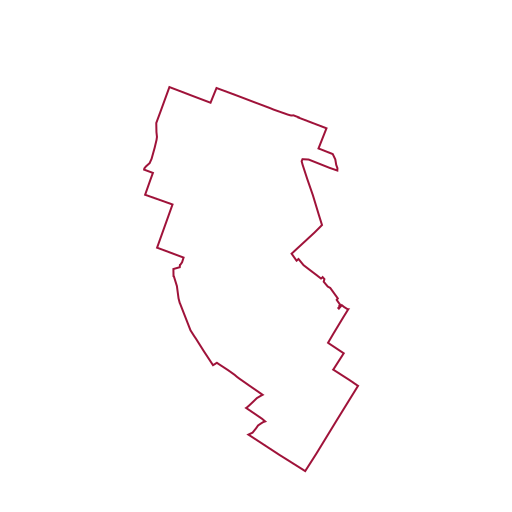 outline of Calmatuiu, Teleorman, Romania, rotated 129°
{"feature_id": "2599482B22374175683856", "entity_name": "Calmatuiu", "entity_type": "district", "adm_level": 2, "iso_a3": "ROU", "parent_name": "Romania", "parent_adm1": "Teleorman", "projection": "albers", "projection_center": [24.851, 43.964], "detail": "fine", "context": "isolated", "style": "outline", "palette": "rose", "viewbox_px": 512, "rotation_deg": 129, "n_neighbors": 0, "source": "geoboundaries", "source_scale": "gbopen_adm2", "svg_char_len": 1997}
<svg xmlns="http://www.w3.org/2000/svg" viewBox="0 0 512 512"><g transform="rotate(129 256 256)"><path d="M121.4,310.2L122.6,313.8L123.1,315.4L124.3,316.6L125.0,317.7L126.1,320.3L131.2,334.6L132.0,337.4L137.8,354.9L141.0,364.7L141.2,365.3L143.4,372.0L150.3,392.4L165.5,387.8L172.1,407.8L179.2,429.6L203.3,421.3L215.4,417.2L222.3,411.4L225.8,407.9L228.3,406.4L235.6,402.9L246.2,398.3L249.7,397.4L250.7,397.1L255.7,397.9L258.2,397.9L259.3,397.3L256.3,388.4L263.6,385.9L278.2,380.7L268.5,353.3L311.8,338.1L302.8,311.3L307.4,309.5L310.3,309.3L310.8,309.5L312.7,308.2L318.1,312.0L323.6,307.4L323.5,307.0L329.2,298.5L337.7,289.5L340.5,285.7L340.8,285.0L355.0,260.1L357.2,253.5L358.0,250.8L362.8,236.7L367.9,220.7L365.2,219.7L364.4,219.5L363.6,219.2L363.5,217.6L362.3,205.9L361.8,197.6L361.9,195.0L361.8,192.0L360.9,179.2L359.7,163.5L361.1,164.1L365.9,165.9L370.2,166.4L376.3,167.2L379.7,167.8L380.3,168.0L378.7,148.9L378.8,144.8L380.6,145.9L383.2,146.8L386.6,147.8L387.0,147.7L390.1,147.5L393.3,147.5L395.5,147.5L397.5,148.5L399.6,149.5L397.5,129.1L395.8,112.3L395.6,110.8L392.2,82.4L371.7,84.7L332.6,89.9L292.7,95.0L292.8,95.7L293.6,105.6L295.7,124.5L295.2,124.5L276.4,126.6L278.0,143.6L278.1,145.4L267.5,147.0L248.0,149.7L240.8,150.6L239.6,150.8L239.3,150.8L239.5,151.1L239.8,151.9L239.8,152.0L240.2,155.5L240.2,158.4L240.6,158.4L241.3,158.4L243.7,158.5L244.7,158.5L244.6,159.3L243.6,159.3L242.4,159.4L242.1,160.0L240.9,160.1L240.7,160.6L240.2,162.6L239.4,165.4L239.3,165.7L238.6,165.7L237.5,165.7L234.1,178.2L234.6,181.0L233.4,187.2L230.9,188.3L230.5,190.9L230.9,190.9L232.6,191.3L232.7,195.2L232.7,196.4L232.9,202.0L233.2,213.3L231.8,220.0L231.6,221.1L234.1,221.5L234.0,222.0L232.1,228.7L231.8,229.8L201.0,225.3L192.5,224.4L190.4,224.2L184.4,233.2L173.0,250.0L163.8,264.8L155.7,277.3L153.6,280.2L151.5,280.8L147.9,275.8L141.2,254.3L138.4,246.6L136.5,248.0L134.7,251.0L131.0,255.2L128.5,260.5L133.1,275.1L112.4,281.6L121.7,310.1L121.4,310.2Z" fill="none" stroke="#9f1239" stroke-width="2"/></g></svg>